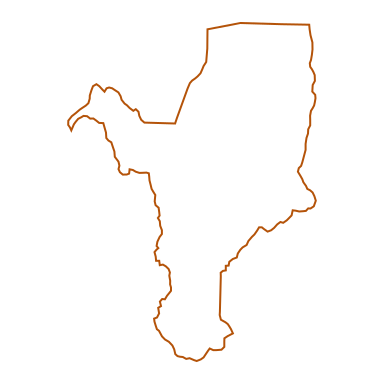 the district of Rio Claro, São Paulo, Brazil
{"feature_id": "56859067B34756942449847", "entity_name": "Rio Claro", "entity_type": "district", "adm_level": 2, "iso_a3": "BRA", "parent_name": "Brazil", "parent_adm1": "São Paulo", "projection": "equal_earth", "projection_center": [-47.607, -22.398], "detail": "fine", "context": "isolated", "style": "outline", "palette": "amber", "viewbox_px": 384, "rotation_deg": 0, "n_neighbors": 0, "source": "geoboundaries", "source_scale": "gbopen_adm2", "svg_char_len": 3016}
<svg xmlns="http://www.w3.org/2000/svg" viewBox="0 0 384 384"><path d="M309.2,24.7L281.5,24.2L240.2,23.0L232.2,24.6L207.5,29.3L207.4,37.8L207.3,48.6L206.2,62.0L203.6,66.0L202.4,69.0L200.5,73.3L197.6,76.4L195.1,78.5L192.1,80.6L189.9,83.1L187.6,88.5L176.9,118.1L175.1,123.5L144.4,122.6L141.2,119.8L139.3,115.8L138.5,111.8L135.8,109.2L133.3,110.8L129.6,108.0L127.0,105.3L124.6,103.6L121.6,99.8L120.6,96.2L118.4,92.4L114.7,90.0L112.2,88.3L109.1,87.5L106.6,88.3L104.5,91.7L102.5,89.7L99.3,86.2L96.4,84.2L93.0,86.2L91.5,90.1L89.8,95.5L89.7,98.7L88.4,103.2L85.8,105.6L82.0,108.1L79.7,109.7L75.9,113.0L71.8,116.2L68.3,120.7L68.2,124.9L70.0,127.5L71.3,130.4L73.9,124.3L75.7,121.8L78.2,118.8L81.2,117.3L83.5,115.9L87.1,116.2L90.2,118.6L93.4,118.5L96.4,120.7L99.1,122.9L103.3,123.1L104.5,127.4L106.0,132.6L106.3,138.0L108.4,140.5L111.3,142.3L112.9,147.1L114.4,151.5L114.8,156.8L118.5,161.7L119.4,165.7L118.5,169.1L119.9,172.2L122.8,174.6L126.8,174.5L129.1,173.6L129.6,169.3L132.9,170.0L135.7,171.7L139.4,172.9L142.7,172.8L146.4,172.6L148.8,173.3L149.2,176.5L149.5,180.4L150.6,184.7L151.6,188.9L153.3,191.8L155.3,195.0L154.7,201.4L155.6,205.2L158.6,207.7L159.2,212.0L159.6,215.6L157.9,218.0L159.8,221.2L160.2,225.8L161.9,230.2L161.9,234.0L159.6,237.0L157.4,241.7L156.6,246.0L158.3,248.1L156.4,249.8L154.5,252.1L155.7,256.6L156.1,260.8L159.2,260.8L159.8,265.2L162.9,264.6L165.8,266.3L168.6,269.0L169.9,272.5L169.3,275.7L170.2,280.8L170.1,284.4L171.0,287.4L171.0,290.8L168.7,293.7L167.0,295.8L164.9,299.3L162.2,299.0L159.9,301.6L161.0,306.1L158.2,307.8L159.1,313.4L157.0,317.5L154.1,318.6L154.5,321.7L155.7,325.6L156.9,329.2L159.0,330.8L162.0,336.4L165.0,339.5L168.9,341.8L172.4,345.5L174.2,349.3L175.3,354.1L177.5,356.1L179.9,356.7L182.8,357.0L186.2,358.9L189.6,358.2L194.0,360.1L196.7,361.0L200.8,359.4L203.6,357.4L208.0,350.8L209.7,348.5L213.2,350.1L216.6,350.1L221.5,349.7L224.3,346.9L224.3,341.7L224.4,338.3L227.7,336.1L232.9,333.4L231.0,329.2L229.4,326.5L227.8,324.1L225.5,322.3L220.9,319.7L219.7,315.0L219.9,311.7L220.8,276.4L220.7,272.7L222.9,270.9L225.8,270.4L225.8,265.8L228.6,265.6L229.3,261.8L232.8,259.0L236.8,257.5L237.8,253.5L240.3,249.8L242.6,247.4L246.6,245.0L248.4,241.0L251.9,236.9L254.4,234.5L257.2,230.5L259.1,227.3L261.8,227.3L263.9,229.0L267.6,231.6L271.1,230.3L274.1,227.9L277.2,224.4L280.4,222.0L283.2,222.8L286.8,220.3L288.7,218.4L291.6,215.4L292.7,210.3L295.8,210.7L299.2,211.5L303.2,211.2L305.9,210.9L308.2,208.4L310.5,208.5L313.8,206.3L315.8,200.7L314.4,196.2L312.6,192.5L310.1,190.3L307.3,188.9L306.0,185.9L303.4,182.3L302.3,179.2L300.5,176.0L297.9,171.7L298.8,168.1L301.1,165.9L302.3,162.3L303.3,158.6L305.6,149.9L305.6,143.9L306.5,137.9L308.0,133.6L308.2,129.3L310.2,125.4L310.2,120.3L310.1,115.7L311.0,110.8L312.6,108.3L314.1,105.5L314.8,102.4L315.5,98.2L315.2,94.8L312.3,91.6L312.7,85.0L314.9,80.9L314.7,75.1L313.4,72.0L312.0,69.4L310.2,66.8L309.8,63.2L311.0,60.0L311.9,54.8L312.5,49.5L312.4,42.4L311.5,39.0L310.5,35.2L309.6,29.2L309.2,24.7Z" fill="none" stroke="#b45309" stroke-width="2"/></svg>